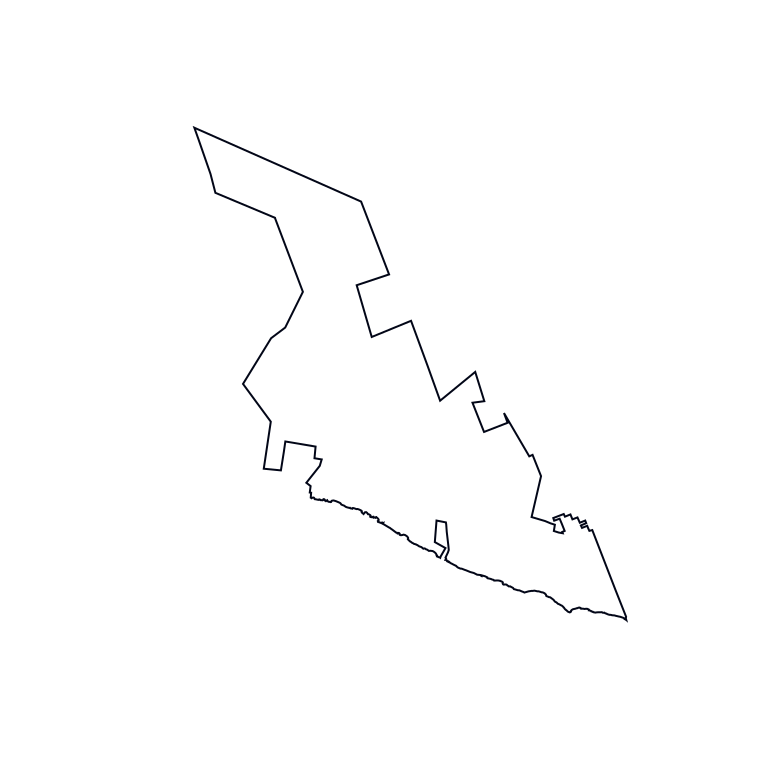 Solidaridad, Quintana Roo, Mexico (orthographic projection), rotated 69°
{"feature_id": "50627088B14293404548968", "entity_name": "Solidaridad", "entity_type": "district", "adm_level": 2, "iso_a3": "MEX", "parent_name": "Mexico", "parent_adm1": "Quintana Roo", "projection": "orthographic", "projection_center": [-87.149, 20.584], "detail": "fine", "context": "isolated", "style": "outline", "palette": "ink", "viewbox_px": 768, "rotation_deg": 69, "n_neighbors": 0, "source": "geoboundaries", "source_scale": "gbopen_adm2", "svg_char_len": 6007}
<svg xmlns="http://www.w3.org/2000/svg" viewBox="0 0 768 768"><g transform="rotate(69 384 384)"><path d="M205.5,340.0L76.8,469.2L89.0,469.5L125.8,470.7L145.1,472.9L189.8,426.2L190.8,426.3L268.9,426.7L295.9,456.0L300.8,473.0L333.4,515.6L378.6,503.2L420.0,526.6L427.7,511.2L411.6,501.9L402.3,496.7L417.9,470.3L428.4,475.5L432.1,469.2L437.4,473.3L448.4,491.9L453.0,489.1L458.7,492.2L459.4,491.0L463.6,493.0L463.7,492.8L464.4,492.8L464.7,492.6L464.5,491.7L464.6,490.8L465.0,490.2L465.5,490.0L466.5,490.0L466.9,489.7L467.1,489.1L468.2,487.5L468.6,486.8L468.5,486.7L468.5,485.9L468.6,485.6L469.1,485.1L469.4,485.2L469.7,484.9L470.0,484.1L470.6,483.0L470.5,482.6L469.9,482.0L469.9,481.7L469.9,481.4L470.5,480.9L470.9,480.9L471.3,481.1L471.5,481.0L471.5,480.7L471.7,480.4L472.1,480.5L472.6,480.2L472.5,479.7L472.2,478.7L473.0,478.6L473.7,478.3L474.3,477.6L474.9,476.1L475.1,476.1L475.2,475.7L474.3,474.7L474.5,473.2L474.8,472.6L476.2,470.8L478.9,468.0L479.7,467.4L480.2,467.3L480.7,467.1L481.1,467.1L481.9,466.4L483.3,464.8L484.9,463.8L485.9,462.7L487.3,460.7L487.4,460.1L488.0,459.9L488.4,459.4L488.7,458.7L489.1,458.3L488.9,457.9L488.6,457.7L488.7,457.3L489.2,456.7L489.4,456.3L490.9,454.6L491.2,453.5L492.1,452.4L493.4,451.1L494.3,450.4L494.6,450.3L494.9,450.3L495.3,450.8L496.4,450.6L498.0,449.7L497.7,449.4L497.7,449.0L496.9,447.6L497.3,446.5L498.4,445.9L499.8,445.6L500.0,445.1L500.5,444.6L501.6,443.8L502.5,443.7L502.7,443.9L502.7,444.2L502.8,444.3L503.0,444.0L503.4,444.1L503.7,443.7L503.9,443.4L504.1,442.9L504.0,442.0L504.1,441.5L505.1,441.6L505.4,439.7L506.4,440.7L505.5,439.7L505.5,439.4L506.1,438.6L507.2,438.0L508.0,437.7L508.7,437.6L509.2,437.8L509.5,438.1L509.7,438.4L509.6,438.7L509.7,438.9L509.8,438.9L509.7,438.7L509.8,438.5L509.8,438.2L510.0,438.9L510.0,438.7L510.3,438.8L510.0,439.0L510.4,438.8L510.6,438.9L510.9,438.4L512.8,436.5L512.6,435.8L512.6,435.4L513.0,435.2L513.5,435.2L513.5,434.6L513.7,434.8L513.8,435.1L514.2,434.9L513.6,435.3L513.8,435.5L514.2,435.2L514.3,435.0L519.8,430.7L520.1,430.4L520.4,430.1L521.6,429.4L522.9,428.5L527.1,425.9L527.4,425.3L527.8,425.1L528.2,425.1L528.5,424.8L528.1,424.5L528.2,423.8L528.6,423.3L529.4,423.0L530.5,423.3L531.0,422.8L531.3,422.2L531.6,420.7L531.6,420.0L531.7,419.6L532.1,419.1L532.6,418.4L534.0,417.4L534.7,417.0L535.7,416.7L536.2,416.6L536.8,416.8L537.2,417.3L537.5,417.4L537.8,417.1L538.4,417.0L540.1,416.2L540.4,415.9L540.6,415.9L541.1,415.4L542.6,414.5L543.3,413.7L543.7,413.5L544.2,413.1L544.4,412.6L545.1,411.9L545.4,411.4L545.8,411.2L546.3,410.6L548.1,409.4L549.6,407.6L550.2,407.2L550.7,406.9L551.1,406.8L551.5,406.6L551.9,406.1L551.8,405.9L551.9,405.4L552.2,404.8L553.4,404.0L553.9,403.3L554.4,402.9L555.9,401.9L556.1,401.3L556.2,400.7L557.3,398.6L558.0,397.9L559.0,397.2L560.1,396.6L560.9,396.3L562.1,396.2L562.9,396.4L563.3,396.3L563.4,395.9L563.8,395.9L564.1,396.2L565.8,394.4L565.9,393.9L566.3,393.7L565.3,392.9L559.2,385.4L549.8,393.2L530.3,383.9L535.4,375.8L537.6,376.3L544.5,378.4L558.6,382.0L562.1,383.0L564.1,384.6L568.1,388.8L569.0,388.5L570.2,389.7L570.5,389.0L570.8,388.9L571.2,388.5L571.5,388.5L571.8,388.7L572.3,388.5L572.5,388.3L572.5,387.6L573.0,387.3L573.3,387.5L573.5,387.4L573.7,387.1L573.6,386.8L573.8,386.7L574.0,386.8L574.5,386.4L575.6,385.6L575.8,385.3L577.7,383.7L578.7,382.7L579.2,382.4L579.4,382.0L579.9,381.7L580.4,381.6L581.1,381.2L581.9,380.7L582.6,380.0L583.1,379.4L583.7,378.9L584.2,377.7L586.4,375.3L587.3,374.2L590.5,370.8L592.6,367.9L595.4,365.4L597.0,362.2L597.7,361.3L598.2,361.8L598.4,361.6L598.0,361.3L598.1,361.2L597.9,361.0L599.7,358.6L601.5,356.9L602.2,357.1L602.4,357.0L603.6,355.1L604.4,354.0L605.5,352.9L605.8,352.3L606.5,351.7L607.0,351.6L607.1,351.2L608.3,347.9L609.3,346.2L609.6,346.1L610.5,344.9L611.6,344.2L612.0,344.2L612.5,344.6L612.8,344.7L613.7,344.6L614.0,344.4L614.3,343.9L614.4,343.0L615.2,341.5L615.5,341.3L616.3,341.0L617.1,340.3L617.7,340.0L618.3,338.5L618.7,338.3L620.5,336.7L621.3,336.4L622.0,336.3L622.2,336.1L622.6,335.4L624.5,333.0L625.2,331.5L627.0,329.7L628.3,328.2L629.0,327.7L629.4,323.3L630.1,320.1L630.5,319.3L630.6,318.6L630.9,317.5L632.6,315.0L633.0,313.9L634.1,312.5L634.9,311.6L635.2,310.9L635.7,310.2L637.0,309.0L637.7,308.8L638.3,308.4L638.7,308.3L639.3,308.4L640.2,308.4L641.0,307.4L642.0,306.5L642.6,305.4L643.1,305.0L646.0,303.2L646.7,302.9L647.9,302.6L648.9,302.1L649.6,301.3L651.5,300.4L652.1,299.7L653.3,298.6L653.7,298.4L654.5,297.5L655.5,296.9L656.4,296.5L657.0,296.4L657.3,296.1L658.5,295.9L659.5,295.5L659.7,295.3L660.1,295.2L660.5,294.8L662.3,294.0L663.5,292.8L663.7,292.6L663.8,291.9L663.6,291.7L663.7,291.4L663.3,290.8L662.8,290.7L662.5,290.3L662.2,289.6L662.0,288.2L662.2,286.9L662.4,285.6L662.4,284.3L662.6,283.8L662.5,282.7L662.7,281.7L663.1,281.2L663.4,280.9L663.7,281.0L664.3,280.7L664.5,280.3L664.4,280.1L664.7,279.7L665.2,278.5L665.9,277.4L666.3,275.7L666.6,275.3L666.8,274.7L667.1,274.5L667.8,273.7L668.5,273.4L668.8,273.7L669.1,273.2L669.5,272.7L670.3,271.9L670.6,271.9L671.2,271.1L671.3,270.8L671.5,270.6L671.8,270.6L672.4,269.9L672.6,269.4L673.1,268.8L673.4,267.4L673.8,266.0L675.1,262.5L675.4,262.1L675.7,262.0L676.0,261.6L676.4,260.7L676.5,260.1L677.0,259.9L677.6,259.4L677.9,258.8L678.4,258.3L678.7,258.2L679.8,256.9L680.4,256.0L680.5,255.6L681.2,254.4L681.7,253.9L681.9,253.3L682.2,252.7L682.3,252.5L682.6,251.8L683.7,250.4L683.8,250.2L685.5,247.7L685.8,247.1L688.4,244.0L689.3,243.6L689.6,243.7L690.5,242.8L691.2,242.4L689.3,242.2L688.1,241.4L659.8,241.7L595.0,241.9L594.7,244.9L591.9,245.1L589.2,245.1L589.3,250.7L586.6,250.9L586.4,245.1L583.6,245.1L583.7,250.9L577.9,251.2L577.9,256.6L572.6,256.7L572.7,262.6L569.8,262.8L569.8,274.0L572.6,274.1L572.7,268.3L578.1,268.1L585.9,268.0L586.0,270.6L587.4,270.6L585.3,274.1L582.1,278.1L576.6,274.9L573.8,278.4L569.7,282.7L561.1,293.9L526.3,270.4L503.4,270.7L503.6,274.3L454.1,282.4L464.5,282.5L464.6,307.8L433.2,308.1L436.0,296.5L405.4,294.5L419.7,337.6L382.6,336.8L334.7,336.1L335.7,378.6L282.0,374.1L283.5,340.0L205.5,340.0Z" fill="none" stroke="#020617" stroke-width="2"/></g></svg>